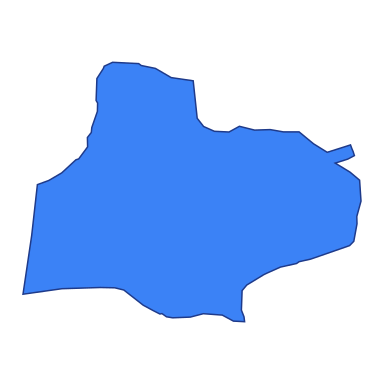 outline of San Miguel Dueñas, Sacatepéquez, Guatemala
{"feature_id": "79465075B97668033547878", "entity_name": "San Miguel Dueñas", "entity_type": "district", "adm_level": 2, "iso_a3": "GTM", "parent_name": "Guatemala", "parent_adm1": "Sacatepéquez", "projection": "orthographic", "projection_center": [-90.828, 14.531], "detail": "fine", "context": "isolated", "style": "filled", "palette": "blue", "viewbox_px": 384, "rotation_deg": 0, "n_neighbors": 0, "source": "geoboundaries", "source_scale": "gbopen_adm2", "svg_char_len": 1005}
<svg xmlns="http://www.w3.org/2000/svg" viewBox="0 0 384 384"><path d="M23.0,294.2L62.0,288.7L100.2,287.5L114.8,287.8L123.8,290.0L143.2,305.2L153.2,310.6L159.9,314.0L162.0,313.6L166.5,316.8L172.6,317.8L190.3,317.1L203.3,313.7L222.3,315.1L233.4,321.1L244.6,321.7L244.0,316.8L241.4,310.1L242.1,290.6L246.8,285.0L263.7,274.7L266.8,273.2L280.4,267.1L296.6,263.5L299.1,261.7L310.7,259.1L349.6,245.6L353.8,241.3L357.0,223.8L356.8,216.5L361.0,201.1L359.6,180.2L350.1,172.2L335.2,163.1L347.8,159.1L354.4,155.6L353.1,151.5L351.9,148.7L350.5,144.9L344.3,146.9L327.2,152.3L313.4,143.7L299.1,131.9L283.5,131.9L270.2,129.6L254.6,130.1L239.4,126.3L229.0,132.0L214.4,131.3L203.6,126.5L197.2,118.3L193.2,80.8L171.2,77.6L155.4,68.4L141.2,65.5L138.7,63.6L112.6,62.3L104.2,66.2L103.4,68.4L96.9,78.5L96.1,100.5L97.6,103.0L97.4,111.4L91.8,127.5L91.3,132.5L87.4,137.5L87.6,146.9L78.7,158.9L75.9,159.8L61.7,172.9L48.7,180.5L37.4,184.6L31.7,235.4L24.5,284.1L23.0,294.2Z" fill="#3b82f6" stroke="#1e3a8a" stroke-width="1.5"/></svg>